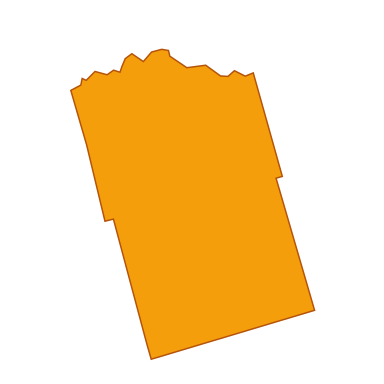 outline of Mineral, Colorado, United States of America, rotated 344°
{"feature_id": "52423323B56344339694103", "entity_name": "Mineral", "entity_type": "district", "adm_level": 2, "iso_a3": "USA", "parent_name": "United States of America", "parent_adm1": "Colorado", "projection": "albers", "projection_center": [-106.92, 37.684], "detail": "fine", "context": "isolated", "style": "filled", "palette": "amber", "viewbox_px": 384, "rotation_deg": 344, "n_neighbors": 0, "source": "geoboundaries", "source_scale": "gbopen_adm2", "svg_char_len": 556}
<svg xmlns="http://www.w3.org/2000/svg" viewBox="0 0 384 384"><g transform="rotate(344 192 192)"><path d="M277.2,335.4L276.6,201.9L283.1,201.9L283.6,114.1L283.7,94.4L275.1,95.3L266.2,87.1L258.4,90.8L251.4,88.3L240.1,73.9L221.3,71.1L208.1,55.3L208.4,49.5L202.2,46.5L191.7,46.3L181.2,53.2L172.3,42.5L164.6,45.4L159.2,52.1L155.8,57.0L150.2,53.3L142.7,55.9L132.0,49.4L121.1,55.5L117.7,52.6L114.6,58.6L103.5,60.9L103.7,117.4L100.3,196.1L109.0,196.4L106.7,325.8L106.7,341.5L277.2,339.5L277.2,335.4Z" fill="#f59e0b" stroke="#b45309" stroke-width="1.5"/></g></svg>